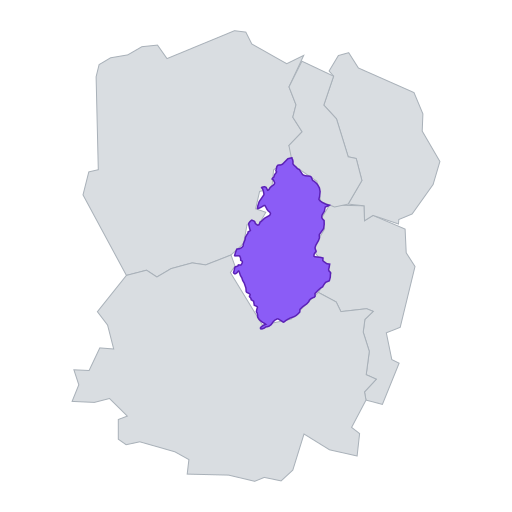 Czechia highlighted, Albers equal-area conic projection, rotated 270°
{"feature_id": "CZE", "entity_name": "Czechia", "entity_type": "country or territory", "adm_level": 0, "iso_a3": "CZE", "parent_name": "Europe", "parent_adm1": "", "projection": "albers", "projection_center": [15.441, 49.807], "detail": "fine", "context": "with_neighbors", "style": "filled", "palette": "violet", "viewbox_px": 512, "rotation_deg": 270, "n_neighbors": 5, "source": "natural_earth", "source_scale": "50m", "svg_char_len": 5239}
<svg xmlns="http://www.w3.org/2000/svg" viewBox="0 0 512 512"><g transform="rotate(270 256 256)"><path d="M454.2,110.6L457.1,127.7L465.3,141.9L466.9,157.5L453.4,167.0L481.3,234.5L479.9,245.8L468.0,251.8L448.3,286.7L456.6,303.7L425.1,289.0L407.2,296.0L394.8,292.8L380.2,302.1L366.5,288.9L356.3,294.8L342.2,273.6L323.3,271.8L320.6,259.6L303.2,255.6L299.7,265.8L285.9,257.9L287.3,247.0L268.7,243.7L257.0,231.0L247.1,205.7L249.1,192.2L243.4,171.1L235.0,156.9L241.8,146.5L236.6,126.4L317.1,83.0L340.1,88.8L342.3,98.3L435.2,96.1L447.4,99.1L454.2,110.6Z" fill="#d9dde1" stroke="#a8b0b8" stroke-width="1"/><path d="M307.0,329.5L306.2,364.2L291.3,364.5L296.6,373.0L282.9,405.1L259.2,406.2L245.5,415.0L184.7,400.2L179.2,386.3L152.4,391.8L148.8,399.1L107.6,382.4L111.9,366.0L120.1,364.5L132.8,376.3L137.3,366.2L160.6,369.3L179.9,363.2L192.6,364.9L200.6,373.2L203.3,366.6L200.4,340.9L210.0,336.2L219.6,318.2L238.7,331.3L262.6,312.4L282.7,324.4L294.9,322.2L307.0,329.5Z" fill="#d9dde1" stroke="#a8b0b8" stroke-width="1"/><path d="M441.0,329.1L456.5,338.4L459.3,348.7L444.0,358.4L419.4,414.0L398.1,422.9L380.9,422.2L350.5,439.9L327.5,433.1L298.0,412.1L292.5,398.8L288.0,398.5L296.6,373.0L291.3,364.5L306.2,364.2L307.9,348.1L331.5,361.9L353.5,356.2L355.2,348.2L393.1,336.5L406.9,323.8L435.8,333.6L441.0,329.1Z" fill="#d9dde1" stroke="#a8b0b8" stroke-width="1"/><path d="M236.6,126.4L241.8,146.5L235.0,156.9L243.4,171.1L249.1,192.2L247.1,205.7L257.0,231.0L245.9,235.0L239.4,230.4L186.9,262.4L192.8,291.0L219.6,318.2L210.0,336.2L200.4,340.9L203.3,366.6L200.6,373.2L192.6,364.9L179.9,363.2L160.6,369.3L137.3,366.2L132.8,376.3L120.1,364.5L111.9,366.0L84.6,351.6L78.4,359.6L56.0,357.1L62.2,329.5L78.0,304.0L41.9,292.8L31.1,281.1L34.6,264.2L30.7,254.7L36.9,228.6L37.9,187.2L52.4,188.9L60.2,174.9L70.2,139.8L67.3,126.1L72.8,118.3L92.5,118.3L95.9,127.3L113.5,109.5L109.6,94.4L110.6,72.1L127.2,78.8L142.2,73.9L141.5,89.1L164.1,99.8L163.0,113.7L186.9,107.6L200.3,97.4L236.6,126.4Z" fill="#d9dde1" stroke="#a8b0b8" stroke-width="1"/><path d="M450.8,301.9L435.8,333.6L406.9,323.8L393.1,336.5L355.2,348.2L353.5,356.2L331.5,361.9L307.9,348.1L305.0,334.5L310.5,320.7L330.8,316.8L347.1,292.8L366.5,288.9L380.2,302.1L394.8,292.8L407.2,296.0L425.1,289.0L450.8,301.9Z" fill="#d9dde1" stroke="#a8b0b8" stroke-width="1"/><path d="M354.2,291.9L353.5,292.0L352.1,292.7L350.2,293.0L348.2,292.9L346.6,294.1L345.2,295.8L343.7,297.1L342.9,298.2L342.5,299.3L337.4,302.6L336.7,303.9L336.2,305.7L336.0,308.1L335.7,310.2L334.8,311.4L332.0,312.4L331.3,313.0L330.8,314.1L329.3,315.8L327.5,317.5L324.1,319.4L320.4,320.1L315.6,319.6L312.7,318.9L311.4,319.8L309.6,322.2L307.6,326.3L306.8,329.4L306.2,328.5L305.0,325.3L303.6,324.9L301.8,324.6L300.5,324.2L297.6,322.4L296.1,321.8L294.4,321.7L292.7,322.8L291.5,324.1L287.7,324.2L283.4,323.6L277.4,319.3L275.8,319.3L274.2,319.5L271.5,318.5L266.5,315.7L264.1,315.0L262.6,315.4L261.2,316.0L260.2,316.1L259.6,315.2L257.8,314.1L255.9,313.9L255.3,314.6L254.6,320.7L254.0,323.0L251.4,322.8L250.4,323.9L248.3,326.8L247.9,329.7L244.3,329.1L242.6,328.6L241.1,328.9L239.5,330.5L234.8,330.3L231.2,329.3L229.7,325.7L228.0,324.3L225.9,323.0L225.2,322.7L224.1,320.8L221.9,318.3L218.5,315.0L215.7,315.1L214.7,314.2L214.3,312.9L213.2,310.8L211.9,309.4L210.4,308.8L208.2,306.8L205.3,302.7L202.6,299.9L200.0,299.8L198.4,298.3L196.7,296.4L195.5,294.5L193.8,289.9L192.4,287.3L191.4,285.7L190.2,284.3L189.8,283.3L191.4,281.0L192.0,279.8L192.7,278.9L193.1,278.0L193.1,277.2L191.8,274.8L190.1,273.1L187.4,271.2L185.8,269.0L185.2,267.0L185.1,265.9L183.9,264.3L183.1,262.1L183.1,260.8L183.4,260.5L184.3,260.5L185.3,261.4L186.6,263.2L187.7,265.8L188.4,264.8L189.9,262.2L192.3,259.3L194.8,257.7L197.0,257.6L198.8,257.2L200.3,256.4L202.9,256.9L204.7,257.5L205.3,257.2L206.2,255.6L206.7,254.3L210.8,253.6L212.3,251.1L213.1,251.1L214.0,250.7L214.9,249.8L215.8,249.4L216.4,249.9L217.3,250.2L218.2,249.6L219.7,246.7L220.4,246.2L224.0,245.9L229.0,244.2L231.5,242.7L234.0,241.9L236.6,240.4L240.8,239.0L241.0,238.4L239.1,236.8L238.5,235.9L238.1,234.9L238.8,233.8L239.7,233.5L240.8,234.0L244.3,234.7L245.2,235.3L245.6,236.8L246.4,238.3L247.1,238.4L246.9,240.8L248.0,241.7L249.6,242.4L250.7,242.3L251.4,241.3L251.7,240.7L253.9,240.6L256.1,239.6L256.2,238.0L256.1,235.0L256.4,234.6L259.6,235.5L262.9,236.8L263.4,239.8L264.2,241.3L265.3,242.6L266.3,243.2L268.0,243.3L272.5,245.1L274.7,245.4L276.9,246.6L278.7,247.9L280.1,248.1L280.8,249.5L281.6,250.4L283.1,249.7L288.5,248.6L290.4,250.0L291.7,251.4L291.9,251.8L291.3,253.1L290.9,254.1L290.4,254.7L288.5,255.4L287.5,256.6L286.8,257.8L287.3,259.0L288.8,259.8L289.9,260.0L290.3,260.9L293.8,264.6L296.6,269.6L297.7,270.3L298.7,270.5L299.9,269.7L301.2,268.1L302.8,266.9L304.1,266.3L306.5,264.9L306.5,264.0L304.5,260.6L303.3,257.9L303.6,257.4L306.1,257.8L310.4,259.2L317.2,263.9L318.3,263.9L320.7,263.4L323.2,262.6L324.3,261.6L324.8,262.0L325.3,264.6L324.6,266.1L321.7,267.6L321.9,268.3L322.7,269.2L324.0,269.8L325.7,271.5L326.9,273.4L328.0,274.3L329.1,274.7L331.8,273.5L332.6,272.7L332.9,272.1L333.4,272.2L334.4,273.1L334.7,273.7L337.5,274.7L339.1,276.0L340.1,276.6L341.2,275.9L345.4,276.8L346.7,277.7L347.1,279.2L346.9,280.1L347.7,282.4L353.3,287.9L354.0,290.8L354.2,291.9Z" fill="#8b5cf6" stroke="#5b21b6" stroke-width="1.5"/></g></svg>